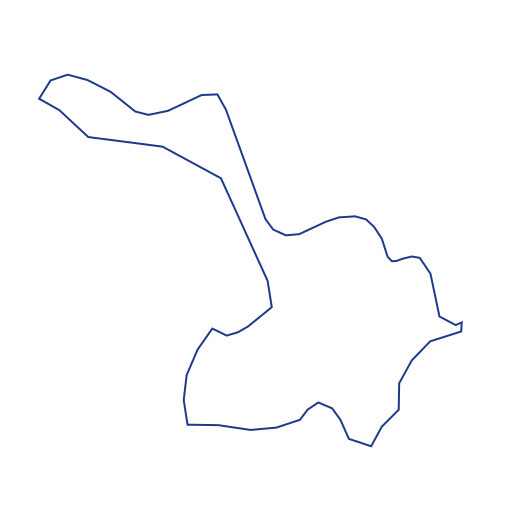 the District of Taraclia, rotated 263°
{"feature_id": "MDA-1625", "entity_name": "Taraclia", "entity_type": "District", "adm_level": 1, "iso_a3": "MDA", "parent_name": "Moldova", "parent_adm1": "", "projection": "robinson", "projection_center": [28.676, 45.978], "detail": "fine", "context": "isolated", "style": "outline", "palette": "blue", "viewbox_px": 512, "rotation_deg": 263, "n_neighbors": 0, "source": "natural_earth", "source_scale": "10m", "svg_char_len": 905}
<svg xmlns="http://www.w3.org/2000/svg" viewBox="0 0 512 512"><g transform="rotate(263 256 256)"><path d="M438.5,59.9L455.3,73.5L458.9,91.1L451.2,110.2L436.5,131.9L414.2,153.7L409.2,166.4L410.8,186.3L422.4,221.6L421.1,237.4L404.9,244.0L291.4,269.9L280.1,276.3L272.9,288.1L272.4,301.5L281.5,329.5L284.2,343.0L283.3,359.2L278.9,369.7L270.6,376.7L258.1,382.9L239.1,386.6L234.2,390.3L234.0,394.9L235.6,402.2L236.5,410.6L234.2,418.3L217.2,427.0L173.6,430.7L163.1,445.8L165.0,452.1L164.7,452.0L156.1,450.5L150.1,418.5L133.3,397.8L112.2,382.6L86.0,378.9L71.3,360.1L53.1,347.1L63.2,325.9L83.2,319.8L95.5,313.0L103.0,300.0L97.2,288.5L88.1,279.7L83.2,255.3L84.0,229.5L92.7,198.0L96.9,167.5L121.9,166.7L146.3,172.7L170.2,186.6L189.3,203.8L180.6,217.2L182.5,228.8L186.9,239.3L203.3,265.4L229.9,264.5L337.4,230.7L375.9,176.6L394.5,104.0L424.6,78.7L438.5,59.9Z" fill="none" stroke="#1e3a8a" stroke-width="2"/></g></svg>